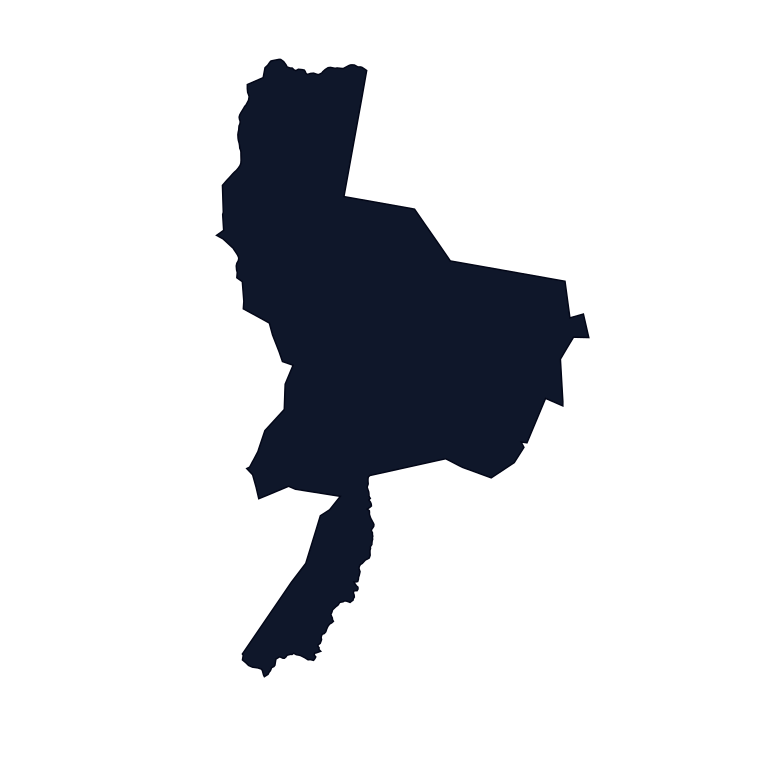 outline of São Miguel do Tapuio, Piauí, Brazil, rotated 280°
{"feature_id": "56859067B9412827275666", "entity_name": "São Miguel do Tapuio", "entity_type": "district", "adm_level": 2, "iso_a3": "BRA", "parent_name": "Brazil", "parent_adm1": "Piauí", "projection": "mercator", "projection_center": [-41.588, -5.786], "detail": "fine", "context": "isolated", "style": "filled", "palette": "ink", "viewbox_px": 768, "rotation_deg": 280, "n_neighbors": 0, "source": "geoboundaries", "source_scale": "gbopen_adm2", "svg_char_len": 3997}
<svg xmlns="http://www.w3.org/2000/svg" viewBox="0 0 768 768"><g transform="rotate(280 384 384)"><path d="M75.0,317.0L77.9,320.2L80.2,320.9L81.9,321.9L85.2,322.6L86.6,324.6L88.1,325.4L94.3,325.3L97.3,328.7L96.4,332.0L96.6,333.5L98.0,334.7L100.1,335.7L101.5,338.8L101.7,340.4L103.2,341.8L102.2,344.6L102.2,347.7L102.0,349.3L100.7,353.5L99.2,357.1L99.8,359.2L99.6,362.6L101.5,363.6L103.4,364.2L105.0,362.3L106.9,362.5L107.4,363.9L108.2,365.3L109.8,368.1L111.3,366.0L113.0,365.9L114.2,364.5L115.7,364.4L117.5,366.2L119.6,366.6L121.4,366.9L123.5,366.1L125.1,366.2L126.8,366.6L127.9,368.5L129.9,369.7L132.7,370.1L135.5,370.8L138.1,372.1L139.7,374.0L141.5,375.4L142.8,374.3L144.7,373.7L146.1,372.7L148.0,371.6L149.6,372.2L152.7,372.6L154.6,374.0L156.6,375.5L158.0,376.9L159.4,377.6L161.1,378.2L161.9,380.0L162.4,381.5L163.4,382.6L163.7,384.4L163.4,386.6L163.0,388.5L164.6,389.9L165.6,391.0L167.3,391.1L169.0,391.8L171.1,391.2L172.8,390.2L174.8,390.1L175.4,391.5L175.8,393.4L177.6,394.0L179.4,393.6L180.4,391.9L181.5,390.9L182.5,389.8L183.9,388.7L184.2,390.7L184.9,392.4L187.2,392.7L189.4,392.5L191.0,392.8L192.8,392.9L195.0,393.0L197.0,391.9L198.3,391.3L200.1,391.4L202.1,392.1L203.5,393.7L205.5,395.0L207.5,396.3L208.7,398.0L210.0,399.6L211.4,399.9L213.0,400.1L215.0,399.6L217.6,399.1L219.7,399.3L221.2,398.8L222.5,399.3L223.8,399.9L225.6,399.7L227.4,399.6L229.2,399.8L230.6,399.3L232.2,399.4L233.6,398.8L235.6,398.4L237.3,397.0L239.0,397.2L240.3,397.9L242.0,398.6L243.8,398.5L245.0,397.8L246.2,396.8L247.9,395.5L249.4,394.3L251.1,393.3L253.3,392.2L255.0,392.0L256.6,391.6L257.9,389.2L260.1,391.5L261.7,392.8L263.5,392.3L265.3,391.2L267.2,389.2L269.0,390.4L270.1,389.3L271.3,388.6L273.0,388.3L275.1,387.7L277.4,386.4L279.5,385.3L282.8,385.8L285.5,385.1L287.8,384.7L289.7,384.7L291.4,385.9L312.6,437.1L317.7,449.4L321.1,457.7L320.0,461.4L316.6,472.2L315.5,476.0L310.2,505.9L329.2,525.9L345.9,532.8L350.7,529.1L350.9,535.0L397.9,545.6L393.5,563.9L397.7,563.2L439.1,553.4L451.1,557.9L463.0,562.5L465.3,577.6L487.5,568.2L481.4,555.6L516.6,544.4L516.7,455.6L516.7,454.2L516.7,427.9L519.2,425.5L530.3,414.6L547.1,397.9L548.4,396.6L561.5,383.7L561.6,320.5L561.6,312.0L663.4,312.5L689.7,312.5L690.7,310.4L692.0,307.4L692.2,305.9L691.7,303.2L693.0,299.5L692.8,297.5L692.4,295.6L691.5,294.1L687.6,289.1L687.4,287.2L687.1,282.9L686.4,281.1L686.5,276.3L685.8,274.0L683.5,271.5L680.9,269.5L679.4,268.7L677.4,266.0L677.3,264.5L677.9,260.7L677.1,257.7L675.6,254.9L676.2,253.3L678.0,252.2L679.3,251.0L679.4,248.9L679.1,245.0L677.3,242.8L677.7,240.9L679.2,238.8L678.9,236.7L679.4,233.5L681.2,232.2L684.1,229.2L685.7,225.9L685.5,224.3L683.0,217.8L682.4,216.5L681.1,215.7L677.7,214.1L674.8,211.9L664.7,211.8L655.2,197.4L651.1,198.1L647.5,199.1L645.0,200.6L643.5,201.3L639.9,201.3L636.8,200.3L634.7,199.6L633.2,198.6L631.7,198.1L629.1,197.1L626.4,196.0L623.9,195.2L621.7,195.0L619.6,195.7L618.1,196.6L616.7,196.9L615.0,196.9L613.0,196.4L610.9,196.6L608.9,196.8L606.4,196.7L604.2,196.8L600.7,197.6L598.6,198.3L595.9,199.6L593.9,200.3L591.2,201.0L589.3,202.2L587.7,202.8L585.0,203.3L579.5,204.4L576.6,204.7L574.2,204.3L571.3,203.0L568.7,201.5L566.7,199.9L564.5,198.4L561.7,196.7L557.4,193.9L551.6,190.4L525.3,195.9L522.9,195.7L507.5,199.4L501.3,193.3L499.0,200.2L491.5,211.9L490.0,213.2L488.2,215.0L485.6,217.4L483.5,218.8L482.0,219.2L479.8,219.0L477.4,218.1L474.6,218.0L470.8,219.0L468.4,220.1L463.1,220.6L461.9,223.1L460.2,226.7L441.1,231.6L433.6,232.4L428.1,248.9L424.1,260.5L413.0,265.7L397.4,275.2L388.5,280.1L386.7,291.2L366.7,286.7L360.8,287.5L341.6,290.2L317.4,274.8L298.2,271.9L295.7,271.6L286.6,268.7L284.1,267.8L282.1,267.2L278.8,266.1L276.9,263.5L271.8,270.4L269.9,271.3L260.1,276.0L249.3,280.6L254.2,288.4L266.7,307.8L265.0,315.0L265.8,360.5L250.7,352.3L246.3,347.6L243.2,344.2L228.2,342.4L193.8,338.1L172.7,327.2L157.6,320.4L93.5,291.4L92.3,292.5L87.7,292.5L85.4,296.5L83.3,299.5L82.3,303.6L82.5,309.1L81.9,312.9L80.6,314.0L76.5,315.9L75.0,317.0Z" fill="#0f172a" stroke="#020617" stroke-width="1.5"/></g></svg>